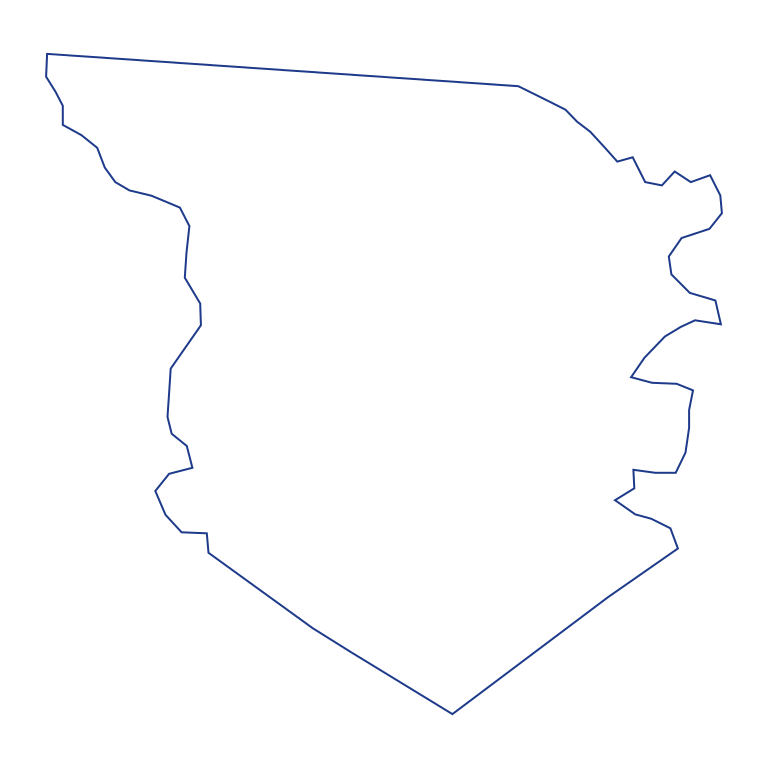 outline of Caturité, Paraíba, Brazil
{"feature_id": "56859067B30127882729659", "entity_name": "Caturité", "entity_type": "district", "adm_level": 2, "iso_a3": "BRA", "parent_name": "Brazil", "parent_adm1": "Paraíba", "projection": "albers", "projection_center": [-36.05, -7.423], "detail": "fine", "context": "isolated", "style": "outline", "palette": "blue", "viewbox_px": 768, "rotation_deg": 0, "n_neighbors": 0, "source": "geoboundaries", "source_scale": "gbopen_adm2", "svg_char_len": 1039}
<svg xmlns="http://www.w3.org/2000/svg" viewBox="0 0 768 768"><path d="M677.9,548.5L670.4,528.3L651.1,518.7L635.3,514.4L615.0,500.2L634.3,488.3L633.4,469.8L655.3,472.8L675.7,472.8L685.5,452.6L689.1,427.8L689.1,410.0L693.0,390.4L676.7,383.8L652.1,382.8L631.1,377.2L644.5,357.7L664.9,336.5L680.6,327.0L695.0,320.3L720.9,324.3L715.4,300.5L689.8,292.9L671.4,274.4L668.8,256.5L681.6,238.0L709.5,228.8L721.9,213.2L720.3,195.4L710.1,175.2L690.8,182.1L674.7,171.5L661.9,185.4L645.2,182.1L632.7,157.3L617.3,161.6L605.8,148.7L590.4,131.9L577.0,121.6L565.5,109.7L545.8,99.8L518.3,86.2L47.1,53.9L46.1,76.7L55.6,91.9L62.8,105.8L62.8,124.9L81.5,135.2L97.2,147.8L104.8,167.6L115.3,182.1L129.4,190.4L151.4,195.7L179.9,207.6L189.4,226.1L186.5,252.6L184.8,277.7L200.2,303.5L200.9,325.3L186.8,345.5L170.7,368.6L169.1,393.1L167.5,416.9L171.7,433.8L186.8,446.0L192.4,467.8L169.1,473.8L155.3,491.0L165.5,514.8L181.6,532.3L206.8,533.3L208.5,552.8L312.7,628.2L350.7,652.0L452.4,714.1L608.1,597.1L677.9,548.5Z" fill="none" stroke="#1e3a8a" stroke-width="2"/></svg>